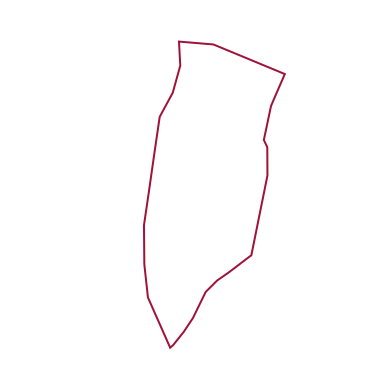 Chollima, P'yŏngan-namdo, North Korea, rotated 28°
{"feature_id": "82179303B23985566152661", "entity_name": "Chollima", "entity_type": "district", "adm_level": 2, "iso_a3": "PRK", "parent_name": "North Korea", "parent_adm1": "P'yŏngan-namdo", "projection": "equal_earth", "projection_center": [125.571, 38.952], "detail": "fine", "context": "isolated", "style": "outline", "palette": "rose", "viewbox_px": 384, "rotation_deg": 28, "n_neighbors": 0, "source": "geoboundaries", "source_scale": "gbopen_adm2", "svg_char_len": 470}
<svg xmlns="http://www.w3.org/2000/svg" viewBox="0 0 384 384"><g transform="rotate(28 192 192)"><path d="M109.9,65.3L122.3,85.9L128.4,113.4L128.2,140.8L140.5,175.2L152.9,209.5L165.2,243.9L183.9,278.3L202.6,305.8L245.8,339.7L247.2,336.2L250.4,319.2L252.0,302.9L251.0,273.8L255.8,258.2L262.3,245.6L271.1,226.4L274.1,220.0L250.9,142.1L237.5,117.2L231.0,112.3L221.4,79.0L220.3,66.2L218.6,44.3L141.6,51.7L109.9,65.3Z" fill="none" stroke="#9f1239" stroke-width="2"/></g></svg>